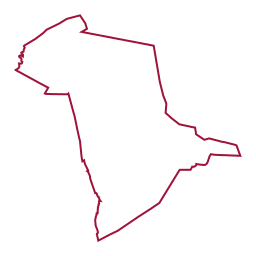 the district of Santiago Nacaltepec, Oaxaca, Mexico
{"feature_id": "50627088B46884693471354", "entity_name": "Santiago Nacaltepec", "entity_type": "district", "adm_level": 2, "iso_a3": "MEX", "parent_name": "Mexico", "parent_adm1": "Oaxaca", "projection": "orthographic", "projection_center": [-96.923, 17.515], "detail": "fine", "context": "isolated", "style": "outline", "palette": "rose", "viewbox_px": 256, "rotation_deg": 0, "n_neighbors": 0, "source": "geoboundaries", "source_scale": "gbopen_adm2", "svg_char_len": 2601}
<svg xmlns="http://www.w3.org/2000/svg" viewBox="0 0 256 256"><path d="M37.9,82.2L41.2,84.0L48.2,87.7L44.8,93.5L45.9,93.9L49.1,94.0L51.6,94.1L60.4,94.2L67.7,94.3L68.4,93.6L71.1,103.6L72.3,108.1L73.3,111.7L73.4,112.2L74.0,114.1L74.3,115.0L74.4,115.5L75.6,121.1L77.1,128.5L79.0,137.2L79.2,138.2L80.0,141.0L80.4,145.1L81.0,151.2L81.3,154.4L81.7,157.4L81.9,158.9L82.2,160.2L82.4,161.3L84.1,160.3L84.2,161.1L84.4,161.9L84.8,163.5L85.0,164.1L88.2,170.6L87.2,171.2L87.9,171.7L88.2,172.0L90.0,176.2L90.0,176.5L90.1,178.3L90.5,179.5L91.8,183.4L94.2,190.2L94.9,192.3L95.1,192.6L95.1,192.9L95.2,193.2L95.5,193.2L96.2,193.1L96.8,193.7L97.1,194.9L97.4,195.8L98.1,196.7L98.5,196.8L98.7,197.4L99.0,197.6L99.2,199.0L100.3,200.6L100.5,200.9L100.0,200.8L99.0,201.2L99.1,203.3L99.0,203.9L98.5,204.4L98.7,205.2L98.2,206.2L97.9,207.4L98.1,207.7L97.8,208.5L97.9,208.9L97.6,210.8L97.8,211.7L97.7,212.6L97.6,213.0L97.2,212.7L96.5,213.4L96.5,214.7L96.4,215.5L96.2,215.8L95.8,216.5L95.8,217.5L95.5,218.4L95.4,218.6L95.2,220.4L95.3,221.6L95.4,222.6L95.4,222.8L95.7,225.7L97.6,230.6L97.9,232.7L97.9,232.8L97.8,233.0L97.6,233.2L97.1,233.6L96.8,233.9L96.8,234.0L98.0,239.2L98.0,239.5L98.3,240.6L110.4,234.3L117.7,230.8L138.6,216.6L151.4,208.4L151.9,208.0L159.4,202.9L179.1,170.7L179.9,169.8L190.5,169.8L191.2,168.6L191.6,167.9L191.9,167.4L192.1,166.9L192.2,166.7L193.5,166.8L194.3,166.6L194.8,166.3L195.3,166.1L196.5,164.8L196.4,164.0L196.9,164.1L197.7,164.2L197.9,164.2L198.1,164.3L198.6,164.4L199.1,164.5L199.8,164.6L204.6,165.0L204.8,165.0L205.0,164.9L205.4,164.7L205.5,164.6L206.7,163.8L207.8,161.7L208.3,160.1L209.4,156.7L210.6,154.6L210.8,154.2L213.9,154.7L219.1,155.0L225.7,155.2L229.9,155.4L240.3,155.8L236.5,145.4L235.4,144.9L224.7,142.2L223.7,142.0L222.5,141.9L209.1,138.4L204.4,139.8L196.1,134.3L195.1,127.6L194.9,127.6L193.0,127.2L192.3,127.1L191.4,126.9L190.7,126.8L190.2,126.6L179.3,124.3L171.8,118.4L165.6,112.9L166.3,104.8L166.3,103.6L165.9,102.4L163.2,95.4L159.8,81.8L153.7,45.7L89.4,33.4L81.7,31.9L87.0,28.8L85.9,25.5L85.7,24.9L85.4,23.5L80.0,15.4L66.7,18.9L59.3,23.5L47.0,29.5L46.5,29.8L46.3,30.0L43.5,32.8L35.7,38.7L25.1,45.1L23.9,46.0L24.7,47.6L24.4,48.4L24.1,48.8L23.8,49.7L23.5,51.7L21.8,52.2L21.5,52.4L21.3,52.7L21.4,53.1L22.2,54.1L22.5,54.2L22.8,54.4L23.0,54.8L23.0,55.2L22.9,56.5L21.7,55.8L20.3,55.4L19.3,55.8L19.1,56.7L19.6,57.3L21.0,58.1L21.4,58.7L21.5,59.0L21.5,59.5L21.4,59.9L21.4,60.9L21.6,61.4L22.3,61.9L22.0,63.1L21.5,63.6L20.7,63.6L19.0,63.5L19.4,66.3L19.2,66.9L18.8,67.8L18.7,67.9L18.2,68.3L17.3,69.1L16.7,69.4L15.7,70.0L16.1,70.3L37.9,82.2Z" fill="none" stroke="#9f1239" stroke-width="2"/></svg>